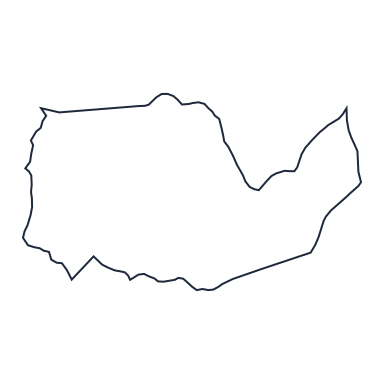 Pires Ferreira, Ceará, Brazil
{"feature_id": "56859067B7581149614600", "entity_name": "Pires Ferreira", "entity_type": "district", "adm_level": 2, "iso_a3": "BRA", "parent_name": "Brazil", "parent_adm1": "Ceará", "projection": "equal_earth", "projection_center": [-40.577, -4.258], "detail": "fine", "context": "isolated", "style": "outline", "palette": "slate", "viewbox_px": 384, "rotation_deg": 0, "n_neighbors": 0, "source": "geoboundaries", "source_scale": "gbopen_adm2", "svg_char_len": 1600}
<svg xmlns="http://www.w3.org/2000/svg" viewBox="0 0 384 384"><path d="M346.7,196.6L349.8,193.6L358.4,186.0L361.0,182.3L358.4,171.7L357.9,160.8L357.4,151.1L354.5,144.5L351.1,137.1L348.7,130.3L346.9,120.3L346.5,108.3L342.7,114.3L338.9,118.6L328.2,125.1L325.0,127.9L319.5,132.4L311.7,140.5L305.2,147.9L301.6,154.2L297.2,167.4L294.4,171.2L290.0,171.2L284.6,170.8L276.2,173.4L271.5,176.0L267.0,180.7L258.8,190.2L254.0,189.1L249.6,186.9L245.3,181.2L242.9,175.2L236.9,164.7L232.8,155.4L228.2,146.6L224.2,141.4L223.2,135.7L221.5,127.9L219.2,118.9L214.8,115.6L212.3,111.6L208.5,108.3L204.5,103.9L198.5,102.3L192.8,103.0L188.8,104.0L182.0,104.5L177.6,99.7L173.5,96.1L167.7,93.9L161.7,94.0L156.6,97.1L152.6,100.9L148.7,104.7L145.0,105.8L138.1,106.1L59.3,112.4L41.1,108.2L46.2,115.8L42.6,121.1L40.7,127.9L36.1,131.6L30.9,140.5L33.1,145.2L31.3,153.5L30.1,161.7L25.3,168.4L28.9,171.4L31.3,175.5L31.7,184.8L31.0,192.1L31.9,198.3L32.1,207.2L30.5,215.4L27.5,225.3L24.5,231.5L23.0,237.8L27.9,245.2L33.8,247.1L39.8,248.3L43.7,250.7L49.0,251.9L51.3,259.7L56.7,262.7L61.9,263.2L66.7,269.8L69.5,275.1L71.7,279.6L93.6,256.4L97.3,260.0L102.1,264.6L105.8,266.5L109.9,268.4L114.8,270.4L120.1,271.3L124.8,272.3L128.1,275.5L130.1,279.8L133.7,277.6L138.5,274.6L144.1,273.9L148.8,276.3L154.5,278.5L158.1,281.4L163.3,281.7L169.1,280.8L174.8,279.8L178.4,277.9L183.2,278.7L188.2,283.1L191.8,286.5L196.7,290.1L202.5,289.0L208.3,290.1L213.3,289.6L218.3,286.9L222.2,284.1L232.8,279.0L261.0,269.2L310.7,252.6L315.3,244.8L318.6,237.0L323.6,221.1L325.8,216.7L331.0,210.4L346.7,196.6Z" fill="none" stroke="#1e293b" stroke-width="2"/></svg>